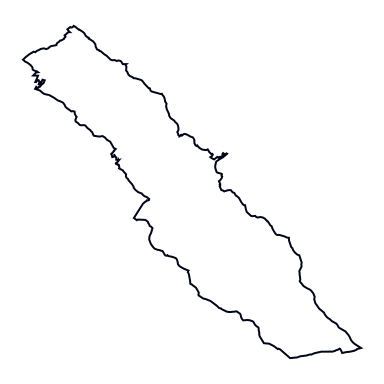 Negomir, Gorj, Romania (Albers equal-area conic projection)
{"feature_id": "2599482B59466565061735", "entity_name": "Negomir", "entity_type": "district", "adm_level": 2, "iso_a3": "ROU", "parent_name": "Romania", "parent_adm1": "Gorj", "projection": "albers", "projection_center": [23.194, 44.802], "detail": "fine", "context": "isolated", "style": "outline", "palette": "ink", "viewbox_px": 384, "rotation_deg": 0, "n_neighbors": 0, "source": "geoboundaries", "source_scale": "gbopen_adm2", "svg_char_len": 5887}
<svg xmlns="http://www.w3.org/2000/svg" viewBox="0 0 384 384"><path d="M361.0,348.0L354.6,343.9L352.7,342.2L351.1,340.2L349.3,336.3L348.2,334.7L345.4,331.4L339.5,328.0L338.5,327.1L337.5,325.1L336.3,323.6L331.8,321.1L329.9,319.2L327.8,317.9L326.6,316.8L324.8,314.4L324.1,312.7L319.3,308.8L315.3,303.1L314.2,299.1L314.7,296.9L313.3,293.3L311.0,290.5L309.7,289.5L307.1,288.3L303.6,286.1L299.8,281.4L299.7,281.0L300.2,280.0L300.3,279.1L300.0,277.8L300.1,276.9L299.7,275.7L299.6,273.0L299.3,271.1L301.4,266.9L301.6,266.2L301.3,264.7L301.7,262.7L299.3,255.3L297.4,254.7L294.8,252.4L293.2,250.3L292.4,248.2L291.2,247.0L289.0,240.5L288.9,237.8L286.8,237.5L284.5,236.4L279.3,234.9L277.2,235.0L276.2,234.4L275.1,233.2L272.8,229.4L271.6,226.2L270.4,225.4L267.9,221.5L267.3,221.4L266.7,220.4L266.1,220.1L265.2,218.9L263.1,217.6L260.6,217.0L257.4,217.5L256.0,216.8L255.2,215.9L252.1,216.2L250.8,215.7L246.8,212.0L245.9,209.5L245.1,205.2L243.9,205.1L242.8,204.2L241.5,202.5L239.0,198.0L237.5,196.6L235.7,195.4L234.3,192.9L233.0,192.5L231.9,191.6L231.2,190.4L230.4,190.1L228.0,190.2L224.2,191.4L222.5,190.3L221.4,190.1L219.7,186.3L220.2,185.8L219.7,184.7L220.3,184.1L218.9,181.2L219.7,180.7L221.7,178.2L222.2,176.5L221.5,175.8L222.0,174.2L221.3,173.7L217.3,172.6L216.6,172.0L215.5,168.7L215.2,167.3L215.3,165.2L216.2,161.6L219.6,159.2L222.9,157.3L227.1,153.8L226.5,153.4L224.8,154.7L224.3,154.5L224.0,153.7L223.1,153.1L222.5,154.0L223.3,154.7L223.3,155.4L222.6,155.2L222.3,155.5L222.2,156.0L222.5,156.6L221.8,157.2L220.3,156.8L219.5,157.0L219.4,158.0L219.0,158.2L217.8,157.1L217.6,157.3L217.2,157.0L214.1,159.4L211.4,158.0L210.4,157.1L211.5,156.5L212.1,155.8L212.8,154.8L212.7,154.4L212.3,153.8L211.4,154.0L210.9,153.7L208.8,151.5L208.7,150.8L207.7,149.4L206.5,150.0L205.7,150.1L202.5,149.6L200.9,148.9L199.0,147.5L197.5,145.8L197.4,146.2L197.2,146.2L195.6,145.4L194.4,143.2L194.3,139.7L193.0,137.5L190.1,136.4L187.2,134.7L184.8,133.9L183.6,134.2L181.9,135.6L181.3,134.8L181.0,134.8L180.0,136.0L179.4,136.4L179.2,135.6L178.4,135.2L178.0,133.5L177.3,132.0L178.1,130.8L178.5,129.5L178.3,126.8L177.7,124.9L177.0,123.6L175.2,122.0L174.1,120.5L170.7,118.2L169.2,115.8L169.0,114.0L166.6,108.8L166.5,107.6L166.1,106.7L166.5,103.6L165.1,101.4L164.7,98.8L163.8,96.5L162.6,95.2L161.9,93.8L160.6,94.0L151.7,91.5L150.5,90.6L149.9,88.5L149.6,88.2L148.8,88.3L148.3,87.8L144.6,83.9L142.6,81.2L141.3,80.0L135.5,78.3L133.6,78.2L132.6,77.2L129.7,75.9L128.1,74.1L127.3,71.9L126.1,70.5L126.4,66.5L125.5,64.9L126.4,64.1L122.8,64.1L121.1,61.4L119.8,60.7L118.1,60.5L117.4,60.9L116.5,60.9L114.8,60.1L112.2,60.2L110.5,59.6L106.5,55.6L104.7,54.6L100.7,51.2L99.5,51.0L98.9,50.1L97.1,49.5L95.7,46.7L95.3,44.2L93.4,41.6L89.8,39.2L89.0,38.1L88.7,38.5L88.0,37.6L85.7,35.8L84.3,33.2L82.7,31.8L79.3,29.6L79.0,29.8L75.6,27.0L73.7,25.9L72.7,27.1L71.7,27.5L71.0,27.5L70.3,27.0L67.4,29.3L68.8,31.2L69.8,32.1L68.4,32.1L66.3,33.9L66.3,34.1L64.6,35.3L65.5,36.7L64.9,37.5L64.1,38.2L63.9,39.0L61.1,40.5L60.1,40.5L59.1,41.7L57.1,43.1L56.6,44.0L56.4,45.1L50.9,46.2L49.3,47.2L48.4,48.2L46.2,49.1L44.0,48.4L42.9,48.5L40.5,49.0L40.1,49.4L36.7,51.0L35.3,52.2L33.6,51.7L29.3,54.3L25.8,57.0L23.0,59.7L25.3,61.7L27.5,62.7L30.8,65.3L32.5,67.5L32.6,69.3L32.9,69.8L35.5,71.1L36.8,71.3L38.0,72.2L36.1,72.5L33.2,75.5L38.0,75.7L36.8,78.8L35.3,82.0L36.2,82.1L37.4,79.8L38.7,80.3L38.8,81.1L39.7,81.6L38.7,84.4L40.2,84.9L42.5,79.7L44.7,80.3L43.5,83.2L42.0,84.2L39.8,86.8L38.8,87.0L38.5,87.6L37.6,88.0L36.2,86.8L35.1,88.9L39.7,90.4L43.3,93.4L44.7,94.1L49.1,95.0L54.1,97.8L57.9,100.5L59.8,101.1L63.1,102.7L64.8,105.1L65.4,106.7L66.8,108.1L70.4,110.6L70.9,111.1L71.7,111.4L72.9,111.1L74.6,111.6L74.8,113.8L76.2,116.6L76.6,116.9L75.3,120.0L75.7,121.5L78.0,123.1L79.7,124.9L81.1,125.3L84.3,125.1L85.5,125.7L87.3,127.9L90.3,130.2L91.1,131.3L92.2,132.2L93.3,134.9L94.0,135.8L99.3,136.6L102.6,136.1L104.9,137.5L107.1,139.9L110.2,141.7L113.8,148.0L115.7,149.0L114.2,150.4L114.2,150.9L113.7,151.1L112.9,152.5L112.5,152.6L112.1,153.3L111.2,154.0L111.7,154.9L112.3,157.1L114.3,156.5L114.5,155.9L114.2,155.1L114.4,155.0L115.5,156.8L116.4,157.6L116.2,159.7L117.5,159.9L118.0,160.3L118.4,160.2L118.5,159.8L118.7,160.2L119.0,160.1L117.4,162.1L116.2,162.7L116.2,163.2L115.9,163.7L116.4,164.2L117.5,164.2L117.8,164.7L118.2,164.5L118.8,164.8L119.0,166.1L119.4,167.2L119.0,168.4L122.8,170.3L123.6,171.6L126.1,174.2L125.9,176.2L126.5,177.8L127.8,178.7L128.6,180.3L131.9,184.1L133.5,186.4L133.7,187.8L135.3,189.8L138.1,192.1L141.9,193.6L143.0,195.0L144.5,196.2L146.8,197.1L149.2,199.0L148.9,200.1L148.2,200.4L146.9,200.3L146.4,201.2L145.4,201.6L143.0,203.7L133.9,218.0L136.9,220.2L137.9,219.6L138.7,219.6L145.3,219.9L147.2,221.2L148.1,222.2L148.1,222.8L149.3,224.6L149.7,226.0L151.1,226.7L152.5,228.1L151.1,232.9L149.5,236.2L149.2,239.5L150.8,243.8L152.7,246.6L154.3,248.4L155.2,248.9L157.5,249.8L159.7,250.1L160.9,250.7L162.3,250.9L163.0,251.7L164.8,254.9L165.5,255.5L166.8,255.8L167.4,255.2L168.6,256.1L171.7,256.7L175.3,257.9L176.3,258.6L177.0,259.8L177.6,261.8L178.0,264.3L179.0,265.6L180.3,266.7L184.0,268.8L188.5,270.6L187.8,272.1L188.8,273.9L190.1,280.9L190.3,283.5L190.5,284.0L191.8,284.4L192.3,285.0L195.9,287.6L198.5,292.0L198.8,293.1L198.4,294.8L198.6,295.4L203.2,298.5L205.8,299.1L210.5,301.0L217.0,305.9L219.2,308.1L220.9,308.4L221.7,309.2L226.9,311.7L229.7,312.1L236.7,311.4L240.0,313.7L240.6,314.7L241.0,316.8L241.8,318.7L243.2,320.4L247.1,320.0L250.0,320.3L252.8,321.4L253.6,322.2L255.1,324.9L257.0,326.6L258.0,327.1L258.6,327.9L258.7,330.1L259.3,333.0L259.2,334.4L259.7,336.3L263.9,343.2L269.2,343.7L273.9,346.1L277.8,349.1L278.6,348.7L280.1,349.4L290.1,358.1L297.3,357.4L300.2,356.3L306.6,355.5L309.6,354.5L311.4,354.5L314.5,353.2L321.2,351.7L332.7,351.6L335.2,350.8L336.1,350.2L337.8,349.8L339.6,348.6L340.2,349.0L341.1,350.5L342.2,353.0L346.2,352.1L350.0,351.7L354.1,350.8L356.5,349.7L357.0,349.1L361.0,348.0Z" fill="none" stroke="#020617" stroke-width="2"/></svg>